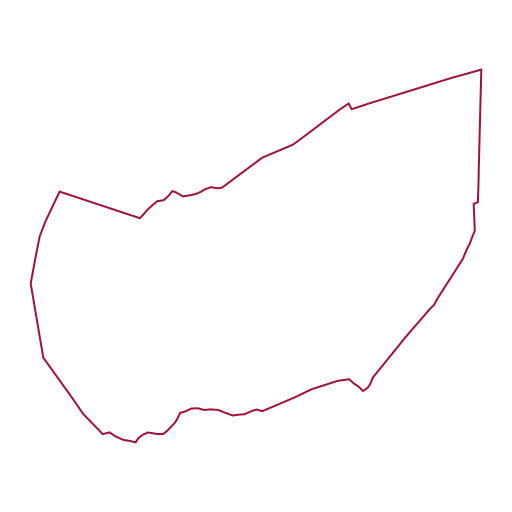 Atalaia, Alagoas, Brazil (Albers equal-area conic projection)
{"feature_id": "56859067B90455625956107", "entity_name": "Atalaia", "entity_type": "district", "adm_level": 2, "iso_a3": "BRA", "parent_name": "Brazil", "parent_adm1": "Alagoas", "projection": "albers", "projection_center": [-36.08, -9.497], "detail": "fine", "context": "isolated", "style": "outline", "palette": "rose", "viewbox_px": 512, "rotation_deg": 0, "n_neighbors": 0, "source": "geoboundaries", "source_scale": "gbopen_adm2", "svg_char_len": 1231}
<svg xmlns="http://www.w3.org/2000/svg" viewBox="0 0 512 512"><path d="M433.9,305.1L436.9,299.4L462.9,258.8L464.9,253.8L466.7,249.5L469.9,243.4L471.9,237.7L474.8,230.8L473.7,203.8L477.9,202.1L478.6,179.6L478.7,171.9L481.3,69.6L451.2,78.0L438.6,81.9L370.4,103.0L351.7,109.2L348.6,103.5L339.5,109.7L303.2,137.1L293.2,144.5L262.2,157.7L221.9,187.7L217.2,188.3L211.0,187.2L204.7,189.4L200.9,191.8L196.4,193.8L190.5,195.2L182.9,196.4L176.5,192.6L172.3,191.1L168.7,195.7L163.7,200.2L157.3,201.2L152.4,205.2L147.4,209.8L144.1,213.7L139.8,218.2L59.6,191.6L45.5,221.3L39.6,236.7L35.2,259.1L30.7,283.5L43.3,357.7L50.2,367.3L73.1,399.2L82.9,413.6L102.7,434.1L109.6,432.4L115.1,436.2L119.3,438.1L123.4,439.9L130.2,441.0L135.6,442.4L138.2,438.3L142.9,434.7L147.9,432.5L152.9,433.3L157.1,434.0L163.1,434.0L167.1,430.9L171.1,426.8L175.1,422.4L177.8,417.9L180.1,412.9L184.9,411.6L191.5,408.5L197.9,408.3L204.4,410.0L210.4,409.4L218.0,409.9L225.3,412.8L232.8,415.5L239.3,414.6L244.4,414.3L251.3,411.2L256.8,409.5L262.2,411.2L294.4,397.5L311.5,389.3L337.5,380.9L349.1,379.2L354.0,383.6L358.3,386.4L363.0,391.0L367.8,387.7L370.4,383.6L372.8,377.6L404.7,338.2L409.1,333.0L430.3,308.5L433.9,305.1Z" fill="none" stroke="#9f1239" stroke-width="2"/></svg>